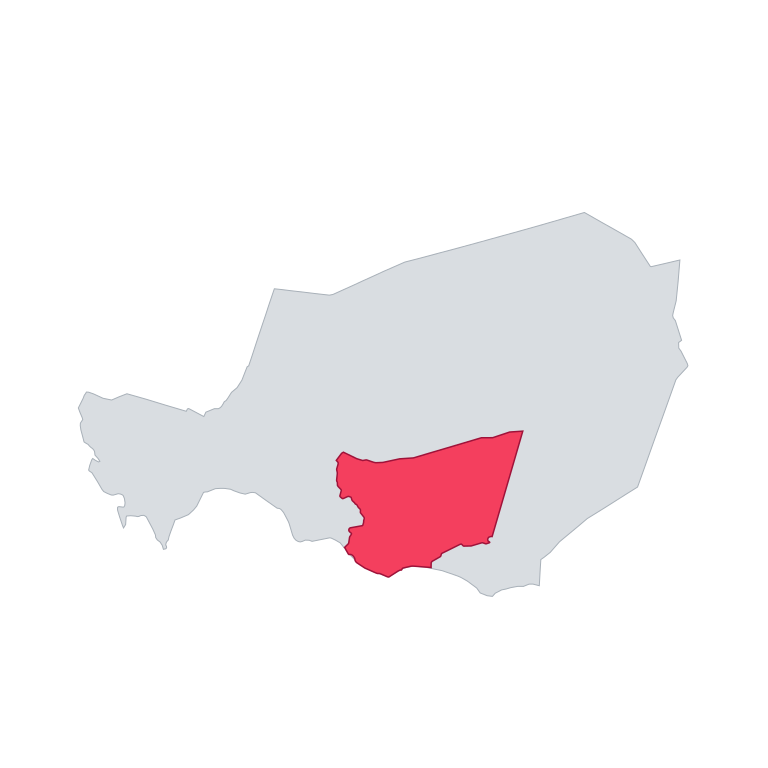 Niger, with Zinder highlighted, rotated 17°
{"feature_id": "NER-92", "entity_name": "Zinder", "entity_type": "Department", "adm_level": 1, "iso_a3": "NER", "parent_name": "Niger", "parent_adm1": "", "projection": "orthographic", "projection_center": [9.186, 15.151], "detail": "fine", "context": "in_parent", "style": "filled", "palette": "rose", "viewbox_px": 768, "rotation_deg": 17, "n_neighbors": 0, "source": "natural_earth", "source_scale": "10m", "svg_char_len": 5642}
<svg xmlns="http://www.w3.org/2000/svg" viewBox="0 0 768 768"><g transform="rotate(17 384 384)"><path d="M591.5,531.5L584.9,531.8L581.2,533.0L576.5,536.8L571.1,538.4L564.7,541.7L560.6,544.4L556.7,546.5L551.5,551.6L549.8,555.4L544.5,556.3L537.1,555.7L532.3,552.0L521.3,548.1L514.2,546.5L510.9,546.1L494.2,545.5L476.4,547.2L467.3,549.1L465.6,549.6L460.5,552.0L456.2,554.7L444.7,567.1L429.3,566.7L420.3,565.3L412.7,563.4L401.8,557.6L388.5,548.7L383.3,547.5L378.7,546.8L377.2,546.9L361.2,555.5L358.1,555.3L354.4,556.3L351.9,558.4L350.1,559.5L348.1,559.7L345.6,559.2L343.2,557.8L340.8,555.3L334.3,545.5L333.0,543.8L330.2,540.9L325.6,536.3L322.4,534.2L320.5,533.6L318.1,534.0L305.5,529.9L292.8,525.6L290.0,526.1L288.0,526.9L283.5,529.9L278.3,530.3L271.7,530.0L268.1,529.5L262.3,530.4L258.4,531.5L253.3,533.4L246.6,538.8L244.7,539.5L243.1,540.4L240.6,555.6L238.7,560.1L235.2,566.1L228.5,571.7L223.9,575.1L223.7,579.8L223.2,587.5L223.0,592.8L223.3,596.3L222.5,597.9L222.1,599.4L222.3,601.7L223.4,602.8L224.0,604.2L223.5,605.4L221.4,606.6L219.1,603.1L216.1,600.6L212.8,599.4L210.6,597.6L209.5,595.1L205.2,590.2L195.5,580.5L194.4,580.2L192.8,579.8L189.9,580.9L188.2,582.4L186.9,582.9L185.1,583.0L180.3,584.0L176.5,585.5L176.3,586.7L178.0,593.9L177.0,597.8L175.4,595.9L170.1,588.5L166.4,583.0L165.8,581.8L165.3,579.9L165.7,579.1L167.2,578.6L170.7,578.0L171.3,577.5L171.6,576.0L171.1,573.3L169.3,569.5L167.3,567.0L166.2,566.5L164.1,566.3L161.9,566.6L157.6,569.4L155.7,569.9L151.3,569.5L147.4,568.8L145.1,567.2L138.3,560.9L130.7,554.3L127.5,553.3L126.7,552.6L126.4,547.8L126.7,541.9L127.2,540.4L130.4,541.4L133.8,542.0L134.9,541.0L132.3,538.8L128.4,536.5L127.0,533.3L125.9,532.1L124.2,531.0L122.2,530.3L120.2,529.3L118.8,528.3L116.5,527.8L114.1,527.1L110.8,521.7L107.6,516.6L105.7,512.6L105.1,510.2L106.3,506.1L105.3,504.5L101.7,500.2L98.7,496.3L99.7,490.4L100.5,485.5L100.7,482.4L101.3,480.7L101.8,478.7L103.9,478.2L109.2,478.4L119.5,479.8L127.8,479.0L128.3,478.9L134.3,473.8L141.0,468.5L150.8,468.3L161.4,468.1L169.7,468.1L181.8,468.1L191.6,468.0L202.9,467.9L203.3,465.4L204.0,464.7L205.1,464.7L213.4,466.3L221.2,467.8L221.9,463.0L229.0,457.2L232.9,456.0L233.9,455.0L235.2,453.0L236.0,449.9L236.4,447.7L237.9,445.9L239.0,442.5L240.6,436.6L244.6,430.4L247.0,421.9L247.6,413.7L248.1,407.5L249.3,406.3L249.6,395.2L249.8,384.1L250.0,374.6L250.3,362.9L250.6,352.7L250.8,341.5L251.1,331.6L251.3,325.0L259.1,323.5L267.2,322.1L279.0,319.9L291.9,317.6L305.8,315.0L309.0,313.3L319.7,303.9L324.5,299.7L334.0,291.2L341.4,284.7L350.7,276.4L360.5,268.0L368.3,261.3L380.6,253.8L399.0,242.3L417.3,230.9L435.5,219.4L453.7,207.8L471.8,196.3L489.8,184.7L507.7,173.0L525.5,161.4L543.7,165.5L561.0,169.3L578.4,173.2L582.6,175.4L592.0,183.4L604.2,193.6L604.7,193.7L605.2,193.7L616.3,187.3L630.7,178.9L635.4,200.5L639.1,219.1L639.7,231.0L640.0,234.1L641.3,236.2L644.1,238.2L655.8,255.2L653.6,258.2L655.4,263.5L658.4,265.7L668.0,275.7L669.3,277.7L668.9,279.4L662.9,291.7L661.9,294.7L661.2,310.2L660.7,321.1L660.0,336.1L659.1,354.1L658.4,369.3L657.5,389.4L656.6,408.4L647.4,419.0L631.1,438.0L617.7,453.3L611.1,463.6L598.0,483.5L592.2,496.4L587.6,503.1L585.3,506.0L587.5,515.3L591.5,531.5Z" fill="#d9dde1" stroke="#a8b0b8" stroke-width="1"/><path d="M482.7,545.7L464.8,549.7L463.2,550.3L456.2,554.3L455.6,554.9L455.4,555.3L455.3,556.3L455.1,556.6L454.8,557.0L454.7,557.0L454.1,557.1L453.4,557.6L452.2,558.7L445.8,566.3L445.6,566.6L445.2,567.0L444.8,567.2L444.5,567.3L443.7,567.4L435.9,566.5L435.2,566.5L433.2,567.1L431.8,567.1L421.1,565.8L419.8,565.7L410.0,562.8L408.7,562.0L408.0,561.2L407.0,559.4L406.3,558.6L404.6,557.4L403.8,557.0L402.8,556.8L402.3,556.7L401.4,556.9L401.0,557.0L400.6,557.2L400.4,557.3L399.9,557.1L399.6,557.0L396.0,553.6L395.0,552.5L394.5,552.0L394.1,551.8L394.2,551.6L396.5,547.4L396.7,546.8L396.7,546.1L395.9,540.8L395.9,540.2L396.7,537.3L396.7,536.7L396.4,536.4L395.8,536.0L394.5,535.5L393.9,535.1L393.4,534.7L393.1,534.1L393.0,533.7L392.9,533.2L393.0,532.8L393.0,532.6L393.2,532.1L393.4,531.8L393.5,531.7L393.8,531.4L404.3,526.0L404.8,525.7L405.0,525.2L405.0,524.5L405.0,523.2L404.9,521.9L404.6,521.1L404.5,520.7L404.5,520.2L404.5,519.0L404.4,518.3L404.2,517.7L403.7,517.2L399.1,514.0L398.9,513.6L398.8,513.3L398.5,512.0L398.4,511.6L398.3,511.3L398.1,511.1L397.7,510.7L397.3,510.4L395.8,509.7L395.6,509.6L393.7,507.8L393.2,507.4L392.8,507.2L392.1,507.2L391.8,507.2L391.6,507.1L390.4,506.1L389.7,505.8L389.3,505.6L387.9,504.9L387.6,504.7L387.0,504.0L385.8,502.1L385.6,502.0L385.3,501.9L383.3,501.8L382.6,502.0L382.1,502.3L378.7,505.3L378.1,505.7L377.6,505.7L377.0,505.5L375.2,504.7L374.7,504.3L374.5,503.8L374.5,503.3L374.3,498.6L374.2,498.0L373.9,497.7L373.4,497.3L370.2,495.5L369.6,495.0L369.1,494.5L368.3,492.1L368.0,491.5L367.3,490.8L367.0,490.3L366.8,489.8L365.6,483.6L365.2,482.3L363.8,479.8L363.6,479.0L363.5,473.7L363.0,472.4L360.7,471.0L363.7,462.7L365.1,461.1L379.8,463.4L386.0,463.4L388.9,461.9L389.6,461.7L390.3,461.7L397.0,461.9L399.1,461.7L405.9,459.3L420.8,451.0L433.7,446.1L492.9,406.9L503.6,403.6L518.2,393.2L530.5,388.5L532.0,498.2L532.0,498.3L531.3,498.4L530.3,498.9L529.3,499.6L529.0,499.9L528.8,500.4L528.6,500.9L528.5,501.8L528.6,502.3L528.9,502.9L529.1,503.3L529.3,503.6L529.8,503.8L531.2,504.3L531.4,504.6L531.2,505.0L528.7,506.8L528.3,507.0L527.8,507.1L524.7,507.0L524.4,507.1L523.9,507.3L514.7,513.4L508.0,515.6L507.6,515.7L507.3,515.7L506.8,515.5L505.4,514.7L504.8,514.5L504.4,514.6L503.6,515.1L488.8,529.1L488.6,529.4L488.6,529.7L488.6,530.4L488.6,531.5L488.6,531.9L488.5,532.2L488.4,532.5L488.1,532.9L481.8,539.6L481.5,540.5L481.4,541.2L482.6,545.5L482.7,545.7Z" fill="#f43f5e" stroke="#9f1239" stroke-width="1.5"/></g></svg>